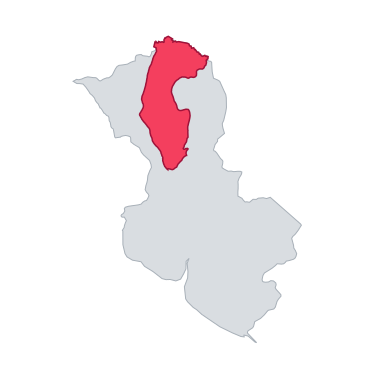 IX-2 Rewa(Illiwa)/U.E, Upper Takutu-Upper Essequibo, Guyana (highlighted), rotated 173°
{"feature_id": "73187651B68809145182680", "entity_name": "IX-2 Rewa(Illiwa)/U.E", "entity_type": "district", "adm_level": 2, "iso_a3": "GUY", "parent_name": "Guyana", "parent_adm1": "Upper Takutu-Upper Essequibo", "projection": "orthographic", "projection_center": [-58.667, 2.726], "detail": "fine", "context": "in_parent", "style": "filled", "palette": "rose", "viewbox_px": 384, "rotation_deg": 173, "n_neighbors": 0, "source": "geoboundaries", "source_scale": "gbopen_adm2", "svg_char_len": 9609}
<svg xmlns="http://www.w3.org/2000/svg" viewBox="0 0 384 384"><g transform="rotate(173 192 192)"><path d="M115.0,177.2L106.0,167.1L97.0,157.0L88.1,147.0L87.5,145.7L91.3,141.0L94.6,137.6L97.4,135.6L98.7,133.9L97.7,126.7L97.8,124.0L96.5,121.2L95.6,118.0L96.7,115.3L98.1,113.5L99.8,112.8L104.0,112.1L106.9,111.9L107.9,110.8L109.7,109.6L111.9,109.5L116.2,110.4L118.2,108.8L121.8,106.6L130.0,102.8L131.8,100.4L133.1,96.6L132.9,94.8L132.1,94.1L130.1,93.5L127.0,93.4L124.6,94.4L122.0,93.8L119.9,91.5L119.8,89.6L121.1,86.8L120.3,85.0L116.3,79.3L116.4,77.7L119.3,75.1L121.0,72.9L123.3,67.6L125.1,65.9L130.7,65.3L132.1,64.2L135.0,61.4L139.3,58.2L145.5,55.7L147.3,51.1L148.4,49.8L153.3,47.4L154.1,46.1L154.0,45.0L146.2,34.6L147.7,35.3L153.8,42.1L157.2,43.5L157.9,43.6L157.9,41.8L161.0,42.6L169.0,47.2L180.7,54.8L197.1,69.2L201.8,74.7L204.9,77.3L209.8,83.6L211.3,86.7L211.1,98.9L206.8,107.2L205.7,113.5L205.5,121.8L203.0,126.5L206.3,123.9L207.4,116.4L210.2,111.9L213.9,106.9L218.9,105.7L224.2,107.8L228.5,108.2L232.3,109.7L240.3,117.7L248.2,124.0L251.1,129.0L259.4,131.6L264.4,135.5L266.0,139.0L267.0,148.1L265.4,161.7L265.8,162.4L263.6,165.1L263.2,166.8L261.7,169.9L260.6,171.5L262.2,175.3L264.1,175.5L264.9,175.9L265.3,176.7L265.2,177.5L264.5,178.2L262.7,179.1L261.0,181.3L261.2,183.7L260.1,185.0L256.6,185.6L249.9,185.7L246.6,185.8L243.9,186.2L242.2,187.8L240.0,188.9L238.2,189.1L236.7,191.0L235.2,193.5L235.7,195.3L237.3,197.6L238.2,200.0L237.0,203.9L235.6,206.9L234.8,209.2L233.8,213.6L231.2,218.5L229.3,221.2L229.3,224.2L230.3,228.5L235.6,234.7L237.4,237.6L238.8,242.4L243.6,246.1L246.6,249.2L246.3,253.2L246.7,254.4L248.6,255.4L250.9,256.2L253.4,256.1L255.6,255.8L256.2,255.2L261.4,255.1L262.0,256.1L262.3,261.9L262.5,264.2L263.7,265.2L264.5,266.6L264.5,267.9L264.7,271.1L265.5,272.8L265.4,276.3L265.9,277.5L267.4,278.4L269.2,280.8L269.9,281.1L270.2,282.0L271.8,285.5L272.6,286.6L273.1,286.7L273.4,287.9L274.5,291.2L275.3,292.0L276.7,294.4L277.3,297.1L279.2,300.0L281.2,302.1L282.1,304.3L284.6,309.0L287.0,312.4L290.3,313.3L293.1,313.7L294.8,315.0L296.5,316.4L294.7,317.0L293.0,317.9L290.8,317.2L287.6,317.6L284.4,318.6L281.4,319.0L275.7,317.5L274.0,317.3L272.8,316.7L270.4,313.7L269.3,313.4L266.3,314.8L262.6,315.7L260.8,315.5L258.7,316.5L256.8,317.9L253.0,323.6L251.1,325.7L249.0,326.6L244.9,326.6L240.4,326.8L237.1,328.2L234.0,328.9L232.4,329.0L231.9,332.2L231.2,333.7L230.2,334.5L227.8,334.7L225.6,334.6L224.3,333.3L221.9,332.7L219.7,332.2L218.3,331.4L217.2,331.6L216.2,332.9L215.5,334.1L214.8,336.1L211.5,336.8L210.1,338.0L210.9,341.9L210.5,343.4L209.9,344.6L205.9,344.8L202.5,344.7L200.5,346.2L198.1,347.8L196.6,348.1L194.9,348.0L192.6,346.1L190.4,343.7L184.7,342.0L179.1,340.7L175.5,336.9L174.6,335.0L172.9,334.2L168.5,329.7L166.1,326.8L163.5,326.0L160.5,324.8L160.7,322.7L160.5,320.7L159.2,319.9L157.4,319.4L156.7,318.2L156.9,315.6L157.3,308.8L156.8,302.3L152.8,300.0L151.0,298.5L148.0,288.8L146.6,284.5L146.5,281.3L147.5,271.7L148.7,267.5L151.8,259.2L153.6,256.3L153.7,254.2L153.5,251.5L152.6,246.2L157.8,242.8L160.1,241.4L160.5,239.1L163.3,236.3L164.5,233.5L165.5,231.4L165.3,230.3L164.0,229.6L162.6,227.6L159.6,221.7L158.5,220.5L157.6,218.9L158.1,216.3L159.2,213.5L159.1,212.3L157.3,210.8L153.6,208.2L150.5,208.0L148.1,207.1L144.5,207.0L141.7,206.7L140.1,205.8L140.5,204.2L141.2,203.0L143.5,200.1L145.1,196.9L145.3,193.8L145.8,189.8L146.5,186.3L146.9,182.3L143.2,179.7L142.0,177.5L140.5,175.6L138.8,175.6L136.2,174.8L132.3,177.3L129.1,176.8L127.0,177.8L122.0,177.6L118.8,176.4L115.0,177.2Z" fill="#d9dde1" stroke="#a8b0b8" stroke-width="1"/><path d="M192.9,228.9L193.0,229.8L193.2,230.7L193.2,231.1L193.1,231.7L192.9,232.3L192.7,232.7L192.6,233.0L192.3,233.7L192.0,234.1L191.6,234.2L191.3,234.4L191.0,234.7L190.8,235.0L190.7,235.4L191.0,235.7L191.3,235.9L191.8,235.9L192.2,235.8L192.6,235.8L193.0,235.9L193.3,235.8L193.7,235.5L194.0,235.3L194.9,235.4L195.2,235.7L195.4,236.0L195.4,236.4L195.2,236.7L194.9,237.1L194.6,237.4L194.4,237.8L194.1,238.6L194.0,238.9L193.9,239.4L193.7,239.7L193.4,240.0L193.1,240.3L192.3,241.4L192.1,241.7L191.5,242.3L191.3,242.7L191.0,243.9L190.8,244.3L190.6,245.2L190.4,245.7L190.2,246.0L189.5,246.6L189.3,246.9L188.8,252.5L188.5,253.8L188.6,254.2L188.6,254.8L188.6,255.2L188.5,255.6L188.4,256.6L188.2,257.7L187.8,258.6L187.5,259.4L187.3,260.0L187.1,260.6L186.9,261.1L186.5,262.1L186.1,263.0L185.6,264.5L185.1,266.0L184.9,266.9L184.7,267.5L184.6,268.1L184.6,269.2L184.6,270.7L184.6,271.1L184.7,271.7L184.8,272.5L185.0,273.0L185.3,273.7L185.4,274.1L185.7,274.4L187.0,274.7L187.9,274.9L188.7,274.8L190.0,274.6L190.4,274.6L191.7,274.3L192.0,274.3L192.9,274.2L193.7,274.3L194.1,274.4L194.5,274.5L195.0,274.8L195.4,275.2L196.1,276.0L196.2,276.3L196.3,276.7L196.5,277.6L196.6,278.5L196.6,278.9L196.7,279.7L196.9,280.6L197.2,281.6L197.8,283.1L198.3,283.9L198.5,284.3L198.6,284.7L198.7,285.2L198.7,285.6L199.0,287.6L199.1,288.4L199.6,290.3L199.8,291.0L199.9,291.4L200.0,291.9L200.1,292.3L200.2,293.2L200.2,294.0L200.2,294.4L199.8,295.7L199.8,296.2L199.7,296.6L199.5,297.0L199.2,297.8L198.8,298.6L198.6,299.1L198.0,299.9L197.7,300.3L197.4,300.6L197.2,301.0L196.9,301.3L196.6,301.8L196.3,302.1L195.8,302.9L195.5,303.1L194.8,303.8L193.5,304.8L192.4,305.3L191.6,305.7L191.3,306.0L191.0,306.2L190.7,306.4L190.3,306.6L189.5,306.9L188.6,307.1L188.3,307.3L187.7,307.4L187.3,307.3L186.9,307.3L186.4,307.1L186.0,307.1L185.5,307.0L185.2,307.0L184.3,306.7L183.8,306.5L183.1,306.0L182.7,305.7L182.3,305.6L182.0,305.5L181.5,305.4L180.7,305.7L180.3,305.9L180.0,306.1L179.5,306.2L179.1,306.2L178.7,306.2L178.2,306.0L177.8,305.9L176.8,305.6L176.0,305.6L175.6,305.7L174.9,305.9L174.5,306.1L173.9,306.6L173.7,306.9L173.4,307.2L173.3,307.6L173.2,308.5L173.1,308.9L173.0,309.3L173.0,310.1L172.9,310.9L172.6,311.6L172.3,312.0L172.0,312.3L171.7,312.5L171.3,312.6L170.9,312.7L170.2,313.0L169.6,313.2L169.2,313.2L168.7,313.1L168.3,313.0L167.4,312.9L166.9,312.8L166.5,312.8L165.6,313.3L165.2,313.6L164.9,313.9L164.4,314.9L164.1,315.4L163.6,315.7L163.2,315.9L162.9,316.1L162.7,316.6L162.3,317.5L162.1,317.9L162.0,318.2L161.9,318.6L161.8,319.0L161.9,320.3L161.8,320.7L161.8,321.0L161.7,321.0L161.6,320.5L161.0,321.8L160.0,322.2L159.5,324.4L160.6,324.5L160.7,325.2L162.0,325.0L162.6,326.1L164.8,325.3L166.0,325.9L167.2,328.1L167.9,327.9L168.4,329.9L169.9,330.2L171.4,333.1L172.1,333.0L172.7,335.0L174.9,334.8L175.1,336.9L176.7,337.4L176.9,339.2L178.2,340.1L186.9,342.9L189.3,342.7L189.9,343.8L192.6,343.2L192.3,344.3L193.8,345.6L192.8,346.5L193.5,347.0L196.6,349.4L198.8,348.7L199.6,347.8L200.1,348.2L201.2,346.6L201.4,344.3L202.1,344.0L203.4,344.8L204.9,344.4L206.7,345.5L207.6,344.1L208.6,344.4L209.4,345.7L209.8,344.8L210.5,345.3L212.2,340.8L210.1,339.5L210.0,336.5L210.0,336.1L210.1,335.8L210.3,335.5L210.9,334.8L211.1,334.5L211.4,334.1L211.7,333.4L212.0,333.0L212.8,332.1L213.1,331.8L213.4,331.4L213.6,331.0L213.8,330.5L214.0,330.1L214.6,329.1L214.9,328.3L215.0,327.9L215.3,327.1L215.8,326.3L216.0,325.6L216.3,325.2L216.5,324.9L216.6,324.3L216.7,324.0L217.0,323.6L217.3,323.2L217.8,322.6L218.3,321.9L218.7,321.2L219.0,320.9L219.2,320.5L219.3,320.1L219.5,319.6L219.8,318.8L220.4,317.5L220.6,316.6L220.8,316.2L220.9,315.8L221.2,315.5L221.4,315.1L221.7,314.2L222.1,313.3L222.2,312.8L222.4,311.8L222.6,310.9L222.7,310.5L222.9,310.1L223.1,309.7L223.2,309.2L223.3,308.8L223.5,308.2L223.6,307.8L223.8,307.0L223.9,306.6L224.3,305.8L224.4,305.4L224.7,304.8L224.8,304.4L224.9,304.0L225.1,303.3L225.3,302.8L226.1,300.9L226.3,300.5L226.6,299.7L227.1,298.4L227.4,297.9L227.8,297.1L228.5,295.5L229.7,293.5L230.0,292.9L230.1,292.4L230.2,292.0L230.3,291.6L230.5,291.2L230.6,290.7L230.7,290.1L230.7,289.6L230.6,289.1L230.5,288.7L230.3,287.5L230.3,287.1L230.3,286.7L230.2,286.3L229.8,285.6L229.7,285.1L229.7,284.2L229.7,283.4L229.9,282.5L230.2,281.7L230.7,280.9L231.0,280.5L231.4,279.8L231.7,279.4L232.0,279.0L232.3,278.7L232.9,277.8L233.8,276.8L234.0,276.4L234.4,276.0L234.6,275.2L234.6,274.7L234.5,274.4L234.2,274.0L234.1,273.5L233.9,273.0L233.6,272.1L233.3,271.7L233.1,270.9L233.0,270.5L232.6,269.8L232.4,269.5L232.0,268.7L231.3,267.5L231.1,267.2L230.8,266.9L230.5,266.5L230.0,265.6L229.7,265.2L229.0,264.0L228.7,263.6L228.4,262.8L227.9,262.1L227.4,261.3L227.0,260.8L226.6,260.1L226.5,259.7L226.5,259.3L226.3,258.7L226.3,257.4L226.4,256.0L226.4,255.5L226.2,254.4L226.2,253.8L226.1,253.2L225.5,251.3L225.2,250.4L225.1,249.4L225.1,248.4L225.1,247.9L225.0,247.4L224.4,246.2L224.3,245.7L223.8,244.9L223.7,244.6L223.2,243.8L222.9,243.3L222.6,243.0L222.4,242.6L221.9,241.9L221.5,241.5L221.2,241.2L220.9,240.9L220.7,240.6L220.1,239.6L220.0,239.3L218.8,237.3L218.4,236.4L218.1,235.6L218.0,235.1L218.0,234.6L217.9,233.8L217.6,233.0L217.5,232.0L217.3,231.2L216.9,230.4L216.8,230.0L216.8,229.0L217.1,228.7L217.0,227.8L217.1,227.4L217.2,227.1L217.2,226.6L217.1,226.1L217.1,225.7L216.9,225.3L216.9,224.9L216.9,224.4L216.8,224.0L216.7,223.5L216.6,223.0L216.5,222.6L216.3,222.2L216.1,221.2L216.0,220.9L215.8,220.5L215.2,219.6L214.8,218.9L214.5,218.5L214.0,217.8L213.7,217.5L213.4,217.2L213.4,217.3L213.4,217.7L213.3,217.9L213.0,218.1L212.6,217.9L212.0,217.8L211.6,217.7L211.2,217.5L210.7,217.4L210.3,217.1L209.8,216.9L209.5,216.8L208.7,216.6L208.1,216.7L207.3,217.0L206.9,217.2L206.5,217.5L206.2,217.7L205.9,217.9L205.1,218.3L204.6,218.4L204.2,218.6L203.7,219.4L203.5,219.8L203.2,220.1L203.1,220.5L202.6,221.2L202.2,221.6L201.9,221.9L201.5,222.2L201.2,222.4L200.6,223.0L199.5,223.9L199.0,224.2L198.7,224.4L198.3,224.7L197.9,225.4L197.7,225.7L197.5,226.1L197.3,226.3L196.7,226.9L196.3,227.2L195.6,227.9L195.2,228.1L194.8,228.2L194.5,228.5L194.1,228.7L193.6,228.9L192.9,228.9Z" fill="#f43f5e" stroke="#9f1239" stroke-width="1.5"/></g></svg>